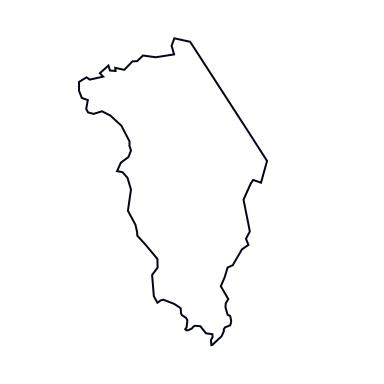 outline of Contra Costa, California, United States of America, rotated 254°
{"feature_id": "52423323B95554273469006", "entity_name": "Contra Costa", "entity_type": "district", "adm_level": 2, "iso_a3": "USA", "parent_name": "United States of America", "parent_adm1": "California", "projection": "natural_earth1", "projection_center": [-122.042, 37.91], "detail": "fine", "context": "isolated", "style": "outline", "palette": "ink", "viewbox_px": 384, "rotation_deg": 254, "n_neighbors": 0, "source": "geoboundaries", "source_scale": "gbopen_adm2", "svg_char_len": 1384}
<svg xmlns="http://www.w3.org/2000/svg" viewBox="0 0 384 384"><g transform="rotate(254 192 192)"><path d="M336.9,231.6L344.6,217.4L338.2,212.7L329.2,212.7L331.5,194.4L336.7,182.5L332.9,175.3L334.0,170.8L328.1,160.6L332.5,152.4L329.4,151.9L331.4,146.6L336.6,146.5L331.6,136.2L327.4,138.4L328.2,124.7L331.3,122.2L328.9,113.7L320.4,111.3L312.8,112.0L309.1,117.2L301.0,113.2L297.2,114.0L294.2,118.9L294.4,127.7L288.1,134.5L275.2,142.4L257.8,145.9L253.6,144.6L248.7,144.8L243.1,140.5L239.8,131.7L232.7,125.7L230.3,130.6L223.5,133.9L211.1,134.0L191.6,125.2L176.2,128.6L168.7,128.2L165.1,127.4L153.3,133.2L151.9,133.8L137.1,140.3L128.8,138.1L123.3,130.8L102.4,126.6L95.1,128.2L95.3,129.0L96.4,131.9L96.4,134.8L92.8,139.5L89.3,144.1L83.4,149.1L78.4,148.0L76.5,148.3L73.1,151.2L72.8,151.5L70.0,152.2L63.4,149.5L62.0,147.7L60.6,148.4L60.2,150.4L60.9,154.4L62.2,156.1L62.6,158.0L60.7,163.0L52.3,166.5L49.7,172.4L46.8,171.8L45.6,170.5L44.4,169.4L39.5,168.4L39.4,169.4L43.7,177.7L44.9,180.4L49.2,184.1L51.3,184.7L52.8,186.6L53.3,191.9L54.4,192.7L56.8,194.0L60.6,194.5L62.4,194.4L64.2,192.4L71.9,192.4L75.6,193.7L79.1,197.4L93.5,193.7L101.0,199.9L109.6,205.4L110.4,211.0L123.1,224.2L125.6,231.7L132.2,231.0L138.1,236.7L147.1,237.5L149.7,237.7L170.4,239.4L184.3,251.1L186.7,254.2L181.9,260.9L201.2,272.7L230.0,264.1L330.1,233.7L336.9,231.6Z" fill="none" stroke="#020617" stroke-width="2"/></g></svg>